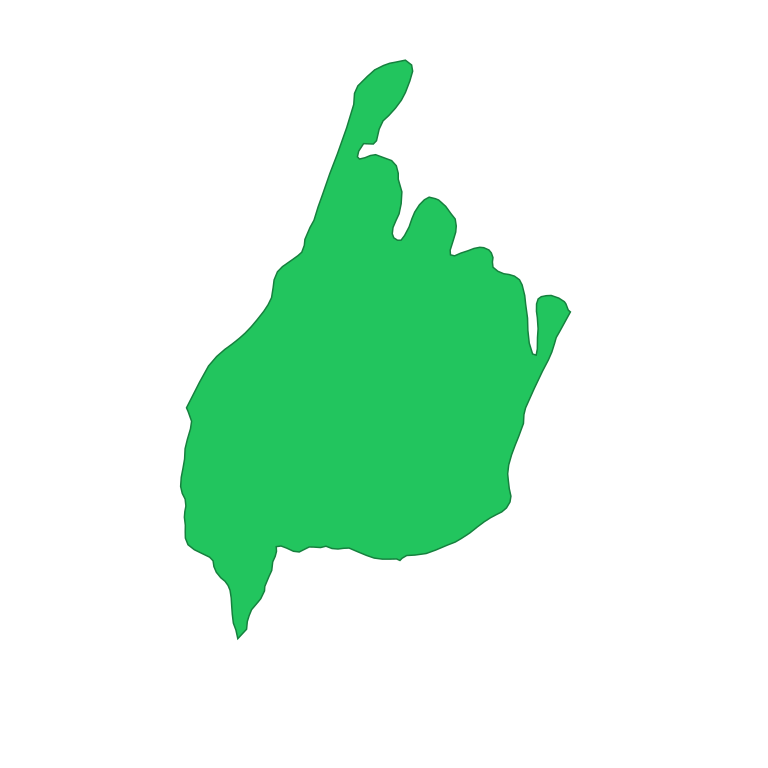 outline of Komo-Ocèan, Estuaire, Gabon, rotated 29°
{"feature_id": "22940354B91533016002313", "entity_name": "Komo-Ocèan", "entity_type": "district", "adm_level": 2, "iso_a3": "GAB", "parent_name": "Gabon", "parent_adm1": "Estuaire", "projection": "robinson", "projection_center": [9.579, -0.117], "detail": "fine", "context": "isolated", "style": "filled", "palette": "green", "viewbox_px": 768, "rotation_deg": 29, "n_neighbors": 0, "source": "geoboundaries", "source_scale": "gbopen_adm2", "svg_char_len": 2914}
<svg xmlns="http://www.w3.org/2000/svg" viewBox="0 0 768 768"><g transform="rotate(29 384 384)"><path d="M512.1,230.6L509.3,230.0L504.2,225.7L501.9,224.6L495.3,224.1L487.3,225.5L483.1,228.1L479.2,231.4L477.6,234.9L478.6,240.0L482.1,246.5L486.0,251.7L492.0,261.0L495.7,268.9L501.1,279.0L503.1,285.0L499.4,285.7L491.2,277.8L483.8,267.3L477.6,256.8L469.1,245.4L464.2,238.4L456.8,230.4L452.0,227.2L445.8,226.4L440.3,227.6L435.3,229.5L428.9,230.2L422.7,229.0L419.7,224.8L418.0,220.6L414.3,217.3L410.8,215.9L405.2,216.4L401.5,218.0L397.0,221.8L392.9,226.7L387.7,232.3L383.6,237.7L379.5,238.8L377.0,234.9L374.9,224.6L373.1,216.4L370.6,210.8L366.3,205.2L360.1,202.6L351.8,198.7L342.6,196.6L339.1,197.0L332.9,198.7L330.0,203.3L328.1,210.1L327.5,218.7L328.3,226.0L329.8,234.4L330.0,244.2L329.2,250.0L326.1,251.7L321.7,251.4L318.4,248.6L316.0,242.8L315.2,235.1L314.7,227.9L311.6,218.0L306.5,207.3L297.2,198.0L294.3,192.8L289.0,187.2L282.4,184.9L265.5,187.5L261.4,190.7L257.6,195.4L253.5,199.1L250.6,198.2L249.0,192.6L249.6,183.7L258.3,179.3L259.5,174.9L257.9,169.3L256.2,163.4L255.6,154.3L258.1,146.6L260.3,137.1L261.6,127.3L261.4,118.6L259.7,106.5L257.4,96.5L253.5,91.6L245.7,90.4L237.5,97.4L233.5,100.7L229.2,105.6L223.6,113.7L220.3,123.1L216.6,135.9L217.3,144.1L222.0,154.1L227.1,177.9L231.7,205.4L234.6,226.2L238.3,247.5L240.5,261.0L243.4,274.8L243.4,282.9L244.7,295.8L247.1,301.4L248.2,308.6L246.5,313.5L242.6,321.7L238.3,330.5L236.4,337.5L237.4,346.2L240.3,353.4L243.8,363.0L244.2,370.9L243.6,378.8L241.8,389.8L240.1,398.4L237.9,406.8L235.2,414.5L231.9,422.5L228.0,430.9L224.3,441.1L221.8,453.3L221.8,471.9L222.8,500.6L226.0,503.0L233.8,509.9L236.5,517.1L238.9,527.9L241.4,537.0L246.0,546.4L249.1,555.3L251.9,563.9L255.8,572.2L260.6,577.5L265.9,581.1L269.9,586.8L271.7,592.2L274.0,597.3L278.7,603.8L281.8,609.6L285.0,615.1L290.5,619.6L298.5,620.9L308.2,620.4L315.5,620.0L320.2,621.5L323.8,626.2L328.7,630.0L335.2,632.6L340.6,633.6L345.3,635.8L349.4,639.1L354.1,645.2L358.3,651.8L363.0,659.0L368.2,666.2L373.8,671.0L379.6,677.6L382.7,665.1L379.6,658.0L378.3,651.8L377.6,645.5L379.7,635.0L380.3,631.4L379.8,622.9L377.9,618.9L376.7,608.1L376.2,601.5L372.9,593.5L372.4,587.5L371.1,582.5L368.6,578.5L372.5,575.6L378.5,574.7L385.9,574.2L391.3,572.0L394.0,568.0L397.6,562.8L401.8,560.6L407.8,557.8L411.9,554.0L418.3,553.1L423.8,550.6L428.3,547.3L433.0,544.4L441.2,543.6L451.8,542.4L459.8,541.0L467.4,538.0L473.2,534.8L479.9,530.9L483.5,530.6L484.3,527.6L487.0,523.0L494.0,518.6L503.1,511.8L509.7,504.2L517.6,494.1L523.0,487.6L526.6,481.5L531.3,472.6L534.9,463.8L538.4,456.0L542.0,449.3L545.7,443.6L549.0,438.8L551.2,433.0L551.4,426.1L549.4,420.6L544.3,414.8L539.7,408.4L535.7,402.6L532.3,394.3L529.9,384.0L528.4,374.1L527.2,364.4L525.1,350.9L521.2,342.9L519.4,336.2L517.6,315.1L516.4,295.7L516.1,283.2L515.3,274.7L513.5,265.9L512.1,259.9L512.2,252.0L512.1,230.6Z" fill="#22c55e" stroke="#15803d" stroke-width="1.5"/></g></svg>